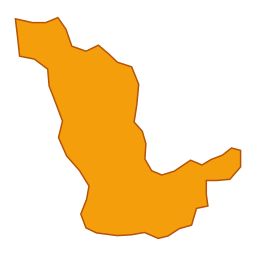 outline of Jandira, São Paulo, Brazil
{"feature_id": "56859067B1128706111165", "entity_name": "Jandira", "entity_type": "district", "adm_level": 2, "iso_a3": "BRA", "parent_name": "Brazil", "parent_adm1": "São Paulo", "projection": "natural_earth1", "projection_center": [-46.897, -23.541], "detail": "fine", "context": "isolated", "style": "filled", "palette": "amber", "viewbox_px": 256, "rotation_deg": 0, "n_neighbors": 0, "source": "geoboundaries", "source_scale": "gbopen_adm2", "svg_char_len": 762}
<svg xmlns="http://www.w3.org/2000/svg" viewBox="0 0 256 256"><path d="M15.4,18.8L17.6,37.6L19.6,56.2L34.3,59.1L47.7,69.1L49.1,86.0L54.9,100.8L62.5,121.1L58.5,137.5L66.6,155.9L79.4,170.4L89.0,186.0L86.6,199.3L80.8,214.1L86.0,227.9L96.4,232.9L117.3,235.6L131.1,234.8L144.5,232.5L158.2,238.4L168.0,236.0L179.4,228.6L191.6,225.1L196.5,208.4L207.9,206.0L206.3,194.3L206.3,180.5L216.7,180.5L229.9,179.3L240.6,166.9L240.6,150.4L231.5,148.0L222.3,155.2L211.1,159.5L201.9,165.0L190.6,160.2L174.2,171.2L161.8,175.0L151.6,170.7L144.9,159.0L145.9,143.7L142.3,131.3L134.1,122.0L136.7,105.6L138.7,84.4L131.7,66.9L117.3,62.2L109.1,54.3L98.4,45.2L86.0,51.2L71.8,46.2L66.0,29.3L57.9,17.6L45.7,22.6L32.3,22.6L15.4,18.8Z" fill="#f59e0b" stroke="#b45309" stroke-width="1.5"/></svg>